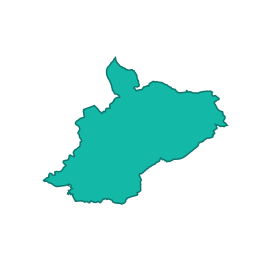 Tepetzintla, Puebla, Mexico, rotated 163°
{"feature_id": "50627088B29131736368652", "entity_name": "Tepetzintla", "entity_type": "district", "adm_level": 2, "iso_a3": "MEX", "parent_name": "Mexico", "parent_adm1": "Puebla", "projection": "mercator", "projection_center": [-97.853, 19.942], "detail": "fine", "context": "isolated", "style": "filled", "palette": "teal", "viewbox_px": 256, "rotation_deg": 163, "n_neighbors": 0, "source": "geoboundaries", "source_scale": "gbopen_adm2", "svg_char_len": 5804}
<svg xmlns="http://www.w3.org/2000/svg" viewBox="0 0 256 256"><g transform="rotate(163 128 128)"><path d="M56.5,94.8L56.2,95.0L55.2,95.2L53.6,94.7L51.5,94.5L50.1,94.5L49.5,94.9L48.8,95.7L49.0,96.6L48.8,96.9L47.9,96.8L46.7,97.5L46.7,98.8L47.4,99.5L47.4,99.9L47.3,100.2L46.2,100.7L45.6,100.8L44.9,101.1L43.1,101.5L42.9,102.4L43.1,104.0L43.1,105.0L43.3,105.7L40.8,104.2L40.0,103.2L38.7,102.4L36.8,102.0L36.2,101.5L35.6,101.2L34.0,101.8L32.3,101.5L32.8,102.5L33.3,104.0L33.8,104.5L34.9,106.3L34.7,107.1L33.2,108.1L32.6,108.9L32.1,109.7L31.9,110.4L32.4,111.5L33.0,112.1L33.1,113.7L33.4,114.1L32.7,115.2L32.7,115.6L33.0,116.0L35.3,117.6L36.2,118.9L37.0,120.5L37.6,124.5L37.9,125.3L38.1,125.8L38.2,126.6L38.0,127.2L37.7,127.4L34.7,128.5L33.3,128.7L32.4,129.1L32.3,129.5L32.4,129.9L33.4,131.0L34.8,133.2L35.1,133.5L35.8,133.5L36.4,133.5L37.0,133.6L37.6,134.0L37.9,135.2L37.9,136.3L37.7,136.8L36.8,137.4L37.9,138.9L38.9,139.3L39.7,139.4L40.0,139.5L40.6,139.5L41.7,140.2L43.4,140.3L44.9,140.8L48.9,141.2L49.7,141.1L50.6,140.7L52.0,141.4L55.3,142.4L56.1,143.0L57.4,144.1L58.3,144.7L59.9,144.8L60.3,145.2L60.6,146.3L61.1,146.6L61.4,145.8L62.1,145.3L67.9,146.4L69.2,146.9L69.6,147.1L71.0,148.9L71.6,151.0L74.8,153.0L75.0,153.5L74.9,154.0L75.0,154.3L76.4,155.2L77.3,156.4L77.9,157.5L78.4,158.0L78.9,158.1L81.1,160.1L81.7,161.1L82.2,161.5L85.3,162.8L86.9,163.8L87.4,164.0L88.3,164.0L89.0,164.4L89.8,165.0L90.4,165.2L92.2,164.8L94.7,164.0L95.1,163.6L95.4,162.3L95.7,162.1L96.1,162.2L96.8,162.7L100.1,162.4L100.6,162.7L100.9,162.7L102.4,161.6L103.2,160.7L103.6,160.6L104.3,160.7L105.4,161.1L106.5,161.2L108.9,161.1L109.4,161.3L109.5,162.7L110.7,164.4L110.7,164.7L110.4,165.1L108.8,165.3L108.2,165.2L107.4,164.6L106.7,164.5L105.2,164.9L104.9,165.3L104.7,166.3L104.8,168.0L104.3,169.8L104.3,170.3L104.8,171.4L104.8,172.1L104.6,174.4L104.3,175.0L104.2,175.6L104.8,178.3L105.4,179.5L105.3,180.5L105.6,181.0L106.5,181.6L106.9,181.7L107.0,182.5L108.7,182.9L109.4,182.8L110.2,182.9L111.0,183.3L111.7,184.0L112.7,184.4L113.0,184.8L113.1,185.5L113.7,185.9L114.2,186.5L114.8,186.7L115.7,187.8L116.1,187.9L116.2,188.4L117.1,188.8L119.0,192.9L119.7,195.1L119.8,196.7L119.5,198.9L120.6,198.3L121.6,197.6L122.3,196.7L123.4,195.9L125.5,195.0L125.7,194.4L126.5,193.9L127.3,193.2L128.3,192.6L129.8,191.9L131.4,189.9L132.3,187.4L132.3,186.8L132.7,185.8L132.6,183.0L132.5,181.4L132.4,180.9L132.0,180.0L131.3,174.8L131.6,169.5L131.8,168.8L131.3,167.7L130.8,165.3L130.8,164.7L128.8,163.5L127.4,162.1L127.0,161.0L126.9,159.9L128.4,160.1L128.7,160.3L130.6,160.2L132.1,159.7L133.0,159.1L133.2,158.7L133.5,158.6L133.9,157.6L134.3,157.6L135.1,157.1L136.4,156.4L136.9,156.5L138.1,156.1L138.6,155.6L138.9,154.8L139.3,152.4L139.4,152.2L140.6,152.4L142.4,153.0L143.4,152.8L145.0,150.2L146.2,150.9L147.0,151.0L147.6,149.9L147.9,149.7L148.8,149.6L148.9,150.2L150.4,152.4L151.5,155.4L153.6,159.3L155.4,159.1L165.0,158.6L165.0,158.2L165.2,157.8L165.8,157.1L165.8,155.7L166.2,154.2L166.3,152.0L166.8,151.1L168.3,151.1L168.6,151.0L169.7,151.1L170.9,151.1L172.6,150.2L174.6,149.8L175.8,149.2L176.9,148.1L176.7,146.5L174.7,144.4L174.4,143.3L174.3,141.7L174.7,140.5L177.1,138.3L177.4,137.8L177.2,137.1L176.8,136.5L176.7,136.0L176.9,134.3L176.8,132.4L176.7,131.6L176.3,131.1L176.2,130.6L176.0,129.8L176.0,129.4L176.8,128.6L177.7,128.6L177.9,128.3L178.8,125.5L179.8,124.3L180.5,124.0L181.4,123.8L182.3,123.2L183.7,122.8L184.9,122.7L185.6,122.4L186.0,121.9L187.2,121.0L187.6,120.1L187.3,117.1L187.6,116.6L188.1,116.5L188.7,116.8L190.8,118.5L191.1,119.0L191.8,119.0L192.2,118.8L193.5,116.3L194.2,115.4L195.4,115.0L197.3,115.3L198.9,115.4L199.7,115.0L199.9,114.2L199.9,113.5L199.2,112.0L198.5,110.9L198.3,110.3L198.7,110.0L199.0,110.0L201.5,108.8L201.8,108.5L202.0,107.9L203.9,106.7L205.2,106.2L206.2,106.2L209.4,107.4L210.6,107.4L210.8,107.4L211.2,106.6L211.1,104.9L211.3,104.6L212.2,104.3L212.7,104.4L213.7,104.9L214.2,106.2L215.1,107.2L215.8,107.5L216.3,107.4L217.3,106.4L218.1,104.6L218.7,103.8L219.0,103.8L220.2,104.1L220.8,103.9L221.4,103.5L223.8,102.7L224.1,102.6L224.1,102.4L224.0,102.2L223.4,101.4L222.9,101.2L222.5,101.3L221.5,101.1L220.8,100.6L220.5,100.2L220.3,99.5L220.0,99.3L219.9,99.0L217.1,97.0L215.4,94.6L213.8,93.1L212.5,92.7L204.7,91.3L202.8,91.5L201.7,90.4L201.9,91.6L201.3,91.7L200.3,91.0L199.1,89.7L200.2,87.7L199.9,87.5L199.0,86.2L200.7,85.9L201.9,85.4L203.1,85.6L202.9,84.4L203.3,84.3L204.7,83.2L205.0,82.5L204.3,82.1L203.7,82.6L202.4,82.9L202.4,81.1L201.3,81.0L200.9,81.3L200.1,80.5L200.5,80.1L200.7,79.2L199.7,73.3L194.4,72.2L193.7,71.9L193.7,71.7L193.3,71.7L191.7,70.9L191.4,69.9L188.6,69.7L187.5,68.2L186.5,67.8L184.8,69.1L182.2,66.8L180.0,66.2L177.9,66.5L176.9,65.0L176.7,64.8L175.7,64.8L175.1,65.8L174.2,66.0L173.1,67.2L171.9,66.8L170.6,67.3L170.2,66.9L169.7,66.7L169.2,65.9L168.0,65.9L167.7,66.3L164.3,63.5L164.1,61.8L163.7,61.3L162.5,60.3L161.9,60.1L161.3,59.7L160.6,59.4L159.9,59.4L159.6,59.0L158.1,58.5L156.2,57.1L155.8,57.5L155.0,57.2L153.7,57.3L152.5,57.9L151.9,58.3L150.8,60.2L149.7,60.6L149.5,61.0L148.6,61.2L143.9,61.4L139.1,61.1L138.2,61.6L138.2,63.5L136.5,63.5L135.5,64.1L134.4,64.2L134.0,64.9L133.8,65.9L133.1,68.3L133.0,69.3L132.3,70.0L132.2,72.0L131.7,73.2L131.0,73.6L130.5,74.6L130.7,76.9L130.9,77.5L131.1,78.7L130.9,78.9L131.0,79.3L130.8,79.9L130.3,80.7L129.4,80.6L128.9,80.4L128.6,80.6L127.8,80.5L127.3,80.9L126.5,81.1L125.0,81.9L123.6,82.4L122.7,83.0L122.0,83.3L120.7,83.5L119.2,84.5L117.6,84.5L116.4,85.1L113.5,85.6L112.3,85.7L112.0,86.2L110.8,86.7L108.1,87.0L107.8,87.1L105.9,89.3L105.1,89.6L104.4,87.6L103.4,87.6L102.8,87.3L102.5,87.0L102.0,85.7L101.6,85.7L101.2,85.4L101.0,85.1L100.9,84.5L99.2,84.4L98.5,84.0L97.3,83.9L96.1,84.2L94.4,84.4L93.5,85.0L93.0,84.6L88.5,83.5L85.9,83.4L83.7,83.7L81.5,84.3L66.5,90.3L64.5,93.0L59.8,93.3L58.9,94.1L56.5,94.8Z" fill="#14b8a6" stroke="#0f766e" stroke-width="1.5"/></g></svg>